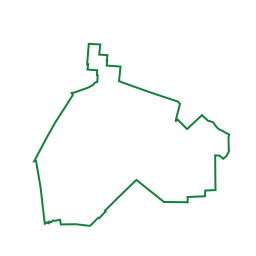 the district of Cerat, Dolj, Romania, rotated 350°
{"feature_id": "2599482B26684248362389", "entity_name": "Cerat", "entity_type": "district", "adm_level": 2, "iso_a3": "ROU", "parent_name": "Romania", "parent_adm1": "Dolj", "projection": "robinson", "projection_center": [23.663, 44.074], "detail": "fine", "context": "isolated", "style": "outline", "palette": "green", "viewbox_px": 256, "rotation_deg": 350, "n_neighbors": 0, "source": "geoboundaries", "source_scale": "gbopen_adm2", "svg_char_len": 1248}
<svg xmlns="http://www.w3.org/2000/svg" viewBox="0 0 256 256"><g transform="rotate(350 128 128)"><path d="M203.4,204.3L205.3,192.6L209.1,170.1L213.3,171.1L216.3,174.8L219.6,173.1L220.8,171.9L223.3,168.5L224.3,161.1L225.4,154.5L226.6,152.1L222.5,149.0L220.6,147.2L218.5,146.0L216.3,143.8L214.3,140.5L213.1,137.4L210.4,135.8L208.0,134.7L203.2,128.5L203.1,128.2L186.0,139.3L178.4,128.4L176.4,129.4L176.2,129.1L183.4,113.2L181.8,110.7L155.2,96.3L132.1,83.2L127.3,80.3L131.3,66.2L117.8,62.8L119.3,57.9L118.8,57.8L120.4,52.7L112.4,50.7L115.2,40.9L104.0,38.3L98.8,58.2L99.9,58.3L98.2,63.4L107.7,65.8L106.5,70.7L107.3,71.0L105.7,77.4L103.3,77.6L101.4,79.3L96.3,81.2L81.5,83.7L78.6,83.8L79.4,85.9L79.2,86.1L72.6,93.4L57.2,110.0L45.9,123.8L29.8,144.5L31.7,144.5L31.6,170.9L29.4,207.9L29.5,208.0L30.4,207.6L31.4,206.7L31.7,206.8L32.2,207.0L32.5,207.7L32.8,208.0L33.5,208.1L33.7,207.8L33.5,207.2L33.6,206.9L33.8,206.6L35.0,206.8L35.5,207.2L35.7,207.3L36.1,207.3L36.2,207.0L38.4,206.0L39.5,206.7L45.1,206.6L45.1,211.3L59.9,213.7L68.5,216.3L73.2,217.7L73.9,217.6L83.2,211.2L84.0,211.8L91.5,206.3L90.8,205.5L106.5,194.6L127.2,180.6L150.6,207.1L173.9,211.5L174.7,206.3L192.0,208.6L193.2,203.0L203.4,204.3Z" fill="none" stroke="#15803d" stroke-width="2"/></g></svg>